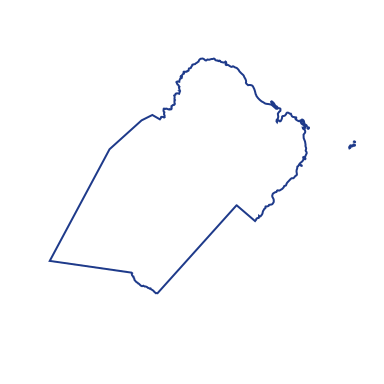 the district of Finschafen District, Morobe, Papua New Guinea, rotated 312°
{"feature_id": "67681753B17639415447373", "entity_name": "Finschafen District", "entity_type": "district", "adm_level": 2, "iso_a3": "PNG", "parent_name": "Papua New Guinea", "parent_adm1": "Morobe", "projection": "robinson", "projection_center": [147.737, -6.551], "detail": "fine", "context": "isolated", "style": "outline", "palette": "blue", "viewbox_px": 384, "rotation_deg": 312, "n_neighbors": 0, "source": "geoboundaries", "source_scale": "gbopen_adm2", "svg_char_len": 5881}
<svg xmlns="http://www.w3.org/2000/svg" viewBox="0 0 384 384"><g transform="rotate(312 192 192)"><path d="M296.7,109.2L295.4,109.0L294.5,109.1L293.6,109.4L293.3,109.6L292.4,109.3L291.6,109.2L290.8,109.0L290.0,108.7L289.1,108.7L287.6,107.5L286.8,107.1L286.2,107.6L285.3,107.6L284.7,107.6L283.8,108.1L283.0,108.0L281.8,107.1L281.0,107.4L280.0,108.2L279.4,108.1L278.7,107.5L277.8,107.6L276.0,105.5L275.4,105.5L275.2,106.5L274.4,106.8L273.5,106.3L272.6,106.4L271.7,106.5L271.4,106.9L270.8,106.2L270.3,106.3L270.0,108.0L269.4,108.0L268.8,107.3L267.4,107.7L266.4,108.1L265.4,108.8L264.3,107.1L263.2,106.9L262.5,108.6L262.2,109.3L262.4,109.8L262.3,110.6L262.0,111.0L261.8,112.3L260.8,112.5L260.3,113.3L259.7,114.2L259.2,115.2L258.8,115.0L258.9,115.6L256.4,116.7L255.8,115.5L255.3,114.8L254.1,114.1L253.2,114.6L251.8,114.2L251.2,115.3L250.3,116.1L249.3,116.7L249.0,117.8L248.0,117.9L247.7,118.1L247.4,118.7L246.2,119.5L246.0,120.3L245.0,120.5L244.3,120.1L243.6,119.5L242.7,119.6L242.2,119.3L241.4,119.8L241.0,120.5L240.5,120.9L240.2,120.7L239.6,121.2L238.4,120.3L238.4,119.7L237.8,119.5L237.4,118.6L237.1,118.1L237.1,117.6L236.5,116.8L235.7,116.5L235.3,115.4L234.6,115.4L234.3,115.8L233.4,116.4L232.8,117.2L232.8,118.1L231.9,118.6L231.1,119.1L230.8,119.8L230.3,120.7L229.8,120.9L229.3,121.6L228.7,121.4L228.4,120.3L228.0,119.8L227.6,119.2L227.0,118.9L226.0,119.4L224.5,119.5L222.7,111.0L211.5,106.6L168.6,102.1L156.9,105.0L45.6,132.4L91.6,201.0L91.6,201.8L91.1,201.8L90.4,202.6L90.0,203.3L89.9,204.1L89.8,204.5L90.0,205.1L89.3,205.7L89.2,206.8L88.2,208.0L88.1,209.0L87.9,210.0L87.9,211.0L88.0,211.8L88.2,212.2L88.0,213.2L88.3,213.9L88.2,215.8L88.2,216.7L88.6,217.9L89.1,218.1L89.4,218.5L89.8,218.6L90.1,220.1L90.8,220.8L91.0,221.4L91.3,222.3L91.2,223.2L91.7,224.0L91.8,225.2L92.6,225.7L92.3,226.6L92.6,227.9L92.8,229.4L92.6,230.5L92.6,231.2L92.6,232.9L93.3,233.4L93.7,234.1L211.7,234.0L211.8,234.0L212.0,234.1L212.6,258.3L214.5,258.2L215.2,257.8L215.7,257.8L216.7,258.3L217.3,258.9L218.0,258.7L219.1,257.8L219.2,258.7L219.7,259.2L221.9,259.1L223.1,258.8L223.6,258.5L225.2,257.6L226.4,257.4L227.3,257.1L228.1,257.1L228.6,257.3L229.2,257.3L229.9,256.6L230.5,256.4L231.1,257.1L232.2,257.9L233.1,258.2L234.0,257.9L236.0,259.5L236.7,259.8L237.8,259.7L239.0,259.5L239.8,259.0L241.0,257.8L241.5,256.9L242.2,254.9L242.9,254.1L244.6,253.3L245.4,253.3L247.6,254.0L248.3,254.6L248.9,254.7L249.8,254.3L250.4,254.4L250.9,255.0L251.2,255.7L251.8,256.1L254.8,257.0L256.9,257.0L257.8,256.6L258.4,256.6L259.0,257.1L259.7,257.4L260.5,257.2L261.5,256.7L262.8,256.5L267.5,256.6L268.4,256.7L269.1,257.0L269.9,258.0L270.6,258.2L273.4,258.1L274.1,258.5L274.9,258.4L275.4,258.1L277.1,256.0L278.4,255.0L279.7,254.5L281.4,253.3L282.2,253.6L284.8,253.1L286.2,253.1L288.1,253.4L289.4,253.4L290.5,253.1L291.2,252.7L291.5,252.4L291.9,251.7L292.2,251.4L292.7,251.6L292.6,252.4L292.9,252.7L293.8,252.3L294.4,252.3L296.5,251.6L297.0,251.5L297.7,251.2L298.4,250.2L298.6,249.2L298.9,248.7L300.5,247.9L301.1,247.3L301.6,246.3L302.2,245.4L302.9,245.0L305.1,242.3L306.8,238.9L309.3,236.5L311.7,236.3L312.5,235.9L313.3,234.9L313.6,234.3L313.4,232.0L313.9,231.3L314.7,232.6L315.3,233.2L315.6,233.3L316.0,232.8L316.0,231.5L316.5,230.5L316.1,228.8L316.1,227.5L316.5,226.4L316.8,226.1L317.2,226.0L318.1,225.4L318.1,224.9L317.8,224.6L317.0,224.7L316.7,224.6L316.0,223.8L315.5,221.6L315.4,220.4L315.7,219.9L316.2,220.1L316.5,220.1L316.9,219.9L317.1,219.5L315.5,217.0L315.2,216.4L315.2,215.4L315.9,213.8L316.2,213.5L316.3,213.0L315.6,212.3L315.5,211.1L315.2,210.2L314.6,209.6L313.6,209.5L312.7,209.9L311.0,209.9L310.0,209.4L309.3,208.7L308.8,208.5L308.0,208.7L307.5,209.3L306.1,209.9L304.5,210.4L303.8,210.4L303.3,210.0L303.3,208.8L303.1,208.2L302.0,208.0L300.8,208.5L301.0,207.6L302.2,206.7L303.8,206.7L304.8,206.3L305.8,205.6L307.5,203.5L308.1,203.3L310.2,203.1L311.2,203.4L312.0,203.0L312.8,202.2L313.0,201.9L312.9,201.3L312.0,199.8L312.0,199.1L312.3,198.1L312.0,197.0L312.0,195.7L312.6,193.9L312.8,192.8L312.8,191.0L312.6,190.5L312.0,190.4L311.7,190.8L311.4,192.6L311.5,194.0L311.0,195.8L311.0,198.9L310.7,199.4L310.2,198.9L310.1,193.3L309.9,192.3L308.8,190.4L307.2,188.1L306.7,187.1L306.4,185.0L305.9,183.1L305.8,180.6L306.0,178.0L306.5,175.6L307.1,174.6L307.3,173.9L309.0,171.4L310.1,169.5L311.3,166.5L311.3,165.2L310.7,164.0L309.8,162.9L308.9,162.2L308.9,160.0L309.2,159.0L310.3,158.3L311.0,157.5L311.9,155.6L312.2,154.4L313.0,152.7L313.2,151.9L313.2,149.1L313.4,146.6L314.0,144.6L314.1,142.2L313.4,140.7L313.1,139.0L312.8,138.3L311.9,138.0L311.3,137.5L310.8,135.6L310.7,134.3L310.3,133.4L309.9,132.9L309.6,132.9L309.2,132.5L309.2,131.8L309.5,131.5L310.2,131.8L311.2,130.6L311.4,130.2L311.3,129.6L310.2,129.6L309.3,128.8L308.0,126.4L308.0,125.7L308.3,125.2L307.9,124.4L307.5,124.5L307.0,124.1L306.8,123.6L306.8,122.9L305.9,121.9L305.7,120.8L306.0,120.2L306.0,119.4L305.6,118.8L304.8,118.5L304.0,117.6L302.4,116.6L301.7,116.2L300.8,114.8L299.4,114.6L298.8,113.9L298.7,111.6L298.3,110.6L296.7,109.2ZM319.5,227.8L319.8,227.1L319.8,226.0L319.5,225.3L318.9,225.3L318.6,226.2L318.6,227.2L317.7,228.8L317.6,229.6L317.9,230.0L319.5,227.8ZM333.0,278.8L332.6,278.5L331.4,278.6L330.5,278.8L330.1,279.2L329.8,279.8L330.6,280.1L331.4,279.8L332.1,279.8L333.1,280.5L333.4,280.2L333.5,279.9L333.0,278.8ZM335.7,281.9L336.0,281.5L335.4,280.2L334.9,280.2L334.3,281.0L334.5,281.3L335.3,281.9L335.7,281.9ZM318.1,235.8L317.9,235.2L317.7,235.1L316.9,235.1L316.6,235.5L316.6,235.9L316.8,236.2L317.5,236.3L318.1,235.8ZM292.3,254.1L292.6,254.1L292.9,253.6L292.7,253.4L292.0,253.3L291.8,253.8L292.0,254.1L292.3,254.1ZM338.2,279.8L338.4,279.6L338.4,279.0L338.0,278.6L337.6,278.7L337.7,279.3L338.0,279.8L338.2,279.8ZM318.1,232.8L318.2,232.2L318.1,231.7L317.6,231.9L317.6,232.9L317.9,233.1L318.1,232.8ZM285.1,255.8L285.1,255.3L284.8,254.8L284.5,254.9L284.5,255.2L284.6,255.8L284.9,256.0L285.1,255.8Z" fill="none" stroke="#1e3a8a" stroke-width="2"/></g></svg>